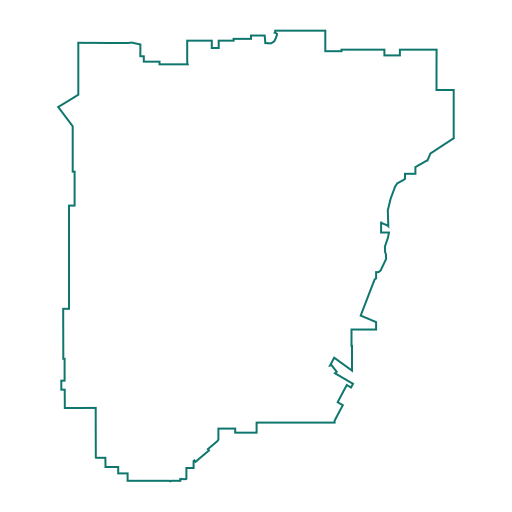 the district of Trayning, Western Australia, Australia
{"feature_id": "25037944B98291984831496", "entity_name": "Trayning", "entity_type": "district", "adm_level": 2, "iso_a3": "AUS", "parent_name": "Australia", "parent_adm1": "Western Australia", "projection": "natural_earth1", "projection_center": [117.834, -31.167], "detail": "fine", "context": "isolated", "style": "outline", "palette": "teal", "viewbox_px": 512, "rotation_deg": 0, "n_neighbors": 0, "source": "geoboundaries", "source_scale": "gbopen_adm2", "svg_char_len": 2859}
<svg xmlns="http://www.w3.org/2000/svg" viewBox="0 0 512 512"><path d="M334.6,422.6L334.6,420.7L338.7,412.9L342.8,405.2L337.7,402.2L338.9,399.8L346.8,385.0L351.0,387.5L353.0,383.8L335.0,373.3L336.7,371.8L331.5,365.1L330.1,365.5L334.2,357.7L344.8,365.4L352.0,370.6L352.0,346.0L351.5,346.0L351.5,345.8L351.5,329.5L366.9,329.5L376.1,329.5L376.1,322.3L376.1,322.1L375.6,321.9L368.1,318.7L360.7,315.6L361.8,312.7L369.6,292.4L374.7,279.3L376.1,278.4L376.1,272.1L378.6,272.1L380.6,270.5L386.1,259.0L386.0,255.4L385.9,254.8L385.9,254.2L385.7,253.5L385.3,252.7L385.1,252.0L384.9,247.4L385.0,246.3L386.0,243.4L387.9,237.8L388.5,234.9L389.0,232.5L381.1,232.5L381.1,223.3L381.1,221.6L381.1,221.8L381.4,222.4L381.7,222.9L382.1,223.3L382.7,223.5L385.2,224.5L386.1,224.8L386.9,225.3L387.1,225.1L387.8,225.7L388.3,226.2L387.8,210.3L390.6,198.8L395.1,186.6L397.2,183.4L402.9,180.3L405.0,178.8L405.0,173.8L405.4,173.8L415.4,173.8L415.4,167.1L427.3,160.3L427.5,160.4L430.4,153.5L433.8,151.3L437.1,149.1L443.8,144.7L453.8,138.2L453.7,138.0L453.7,90.0L436.5,90.0L436.5,69.5L436.6,49.7L420.9,49.7L410.3,49.7L399.9,49.7L399.9,55.4L389.9,55.4L384.4,55.4L384.4,49.7L351.9,49.7L341.5,49.7L341.5,51.2L325.3,51.2L325.3,30.7L319.4,30.7L319.2,30.7L311.1,30.7L298.9,30.7L288.1,30.7L275.3,30.7L275.3,30.9L275.3,31.0L274.7,32.6L274.8,32.6L276.3,33.3L277.0,33.9L277.1,34.1L277.0,34.5L276.0,37.8L274.9,39.9L274.4,41.2L271.2,43.3L268.2,43.3L268.2,43.1L265.3,43.1L264.7,35.5L251.0,35.5L251.0,38.9L233.6,38.9L233.6,40.7L218.7,40.7L218.7,48.0L211.8,48.0L211.8,40.7L199.5,40.7L187.2,40.7L187.2,62.6L187.7,64.3L187.0,64.3L172.3,64.3L159.5,64.3L159.5,61.7L159.3,61.7L150.8,61.7L143.8,61.7L143.8,56.3L140.3,56.2L140.4,44.5L131.9,42.6L127.5,43.0L127.3,43.0L108.7,43.0L97.3,42.9L89.7,42.9L78.3,42.8L78.3,69.7L78.3,74.0L78.3,94.8L76.9,95.6L64.5,103.2L58.2,107.0L70.7,123.6L72.7,126.3L72.7,138.9L72.7,146.1L72.7,146.3L72.7,171.7L74.6,171.7L74.6,171.9L74.6,205.6L69.0,205.6L69.0,247.9L69.0,275.0L69.0,275.5L69.0,308.8L63.2,308.8L63.2,319.4L63.3,352.3L63.3,352.5L63.3,358.8L64.6,358.8L64.6,380.7L61.3,380.7L61.3,389.7L64.7,389.7L64.8,401.0L64.8,408.0L79.0,408.0L95.7,407.9L95.7,416.0L95.8,457.1L95.9,457.7L96.5,457.8L105.4,457.8L105.5,467.0L106.1,467.0L114.2,467.0L114.4,467.0L118.2,467.0L118.2,473.4L127.6,473.4L127.6,480.8L132.1,480.8L140.3,480.8L148.5,480.8L149.7,480.8L156.1,480.8L169.5,480.8L169.6,481.0L170.5,481.3L171.4,480.8L180.3,480.8L180.3,480.1L180.3,479.7L180.2,479.8L180.2,479.1L185.2,479.1L186.0,479.1L186.3,478.9L186.4,478.6L186.4,475.3L186.4,468.0L186.7,468.0L186.9,468.0L193.6,468.0L193.6,461.0L194.4,460.4L195.5,461.8L207.7,451.5L209.0,450.5L207.9,449.1L217.4,441.1L218.4,439.5L218.4,436.2L218.4,428.6L235.2,428.6L235.2,432.7L246.7,432.7L256.1,432.7L256.6,432.7L256.6,429.8L256.6,422.6L284.5,422.6L308.7,422.6L326.3,422.6L334.6,422.6Z" fill="none" stroke="#0f766e" stroke-width="2"/></svg>